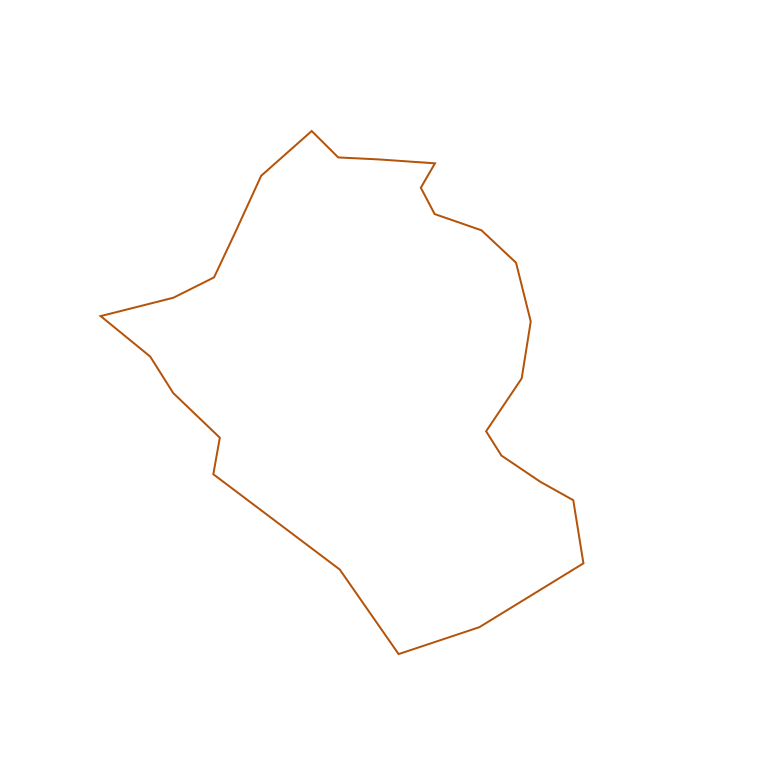 the border of Xagħra, rotated 127°
{"feature_id": "MLT-5978", "entity_name": "Xagħra", "entity_type": "state/province", "adm_level": 1, "iso_a3": "MLT", "parent_name": "Malta", "parent_adm1": "", "projection": "equal_earth", "projection_center": [14.268, 36.052], "detail": "fine", "context": "isolated", "style": "outline", "palette": "amber", "viewbox_px": 768, "rotation_deg": 127, "n_neighbors": 0, "source": "natural_earth", "source_scale": "10m", "svg_char_len": 502}
<svg xmlns="http://www.w3.org/2000/svg" viewBox="0 0 768 768"><g transform="rotate(127 384 384)"><path d="M407.2,116.8L520.8,161.5L590.9,209.8L558.8,307.7L558.8,466.0L525.7,482.8L518.1,546.8L502.8,587.2L500.3,651.2L441.8,604.1L401.1,583.9L352.7,594.0L291.6,607.4L225.5,594.0L230.6,556.9L207.7,523.2L177.1,476.1L205.1,472.7L217.8,445.8L202.6,398.6L207.7,351.5L245.8,304.4L296.7,277.4L360.3,274.0L370.5,247.1L368.0,200.0L362.9,162.9L407.2,116.8Z" fill="none" stroke="#b45309" stroke-width="2"/></g></svg>